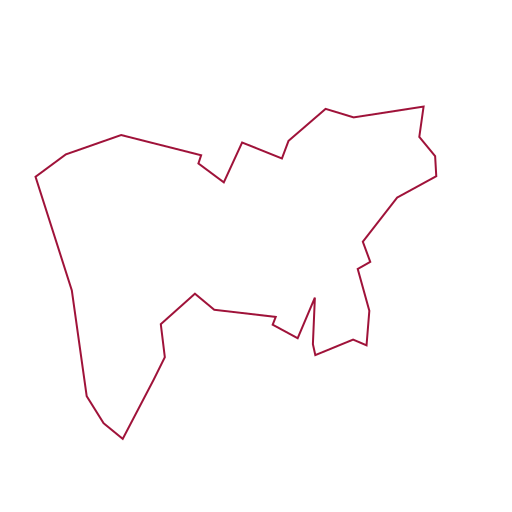 Karposh, Karpoš, North Macedonia, rotated 77°
{"feature_id": "65306769B48294308075018", "entity_name": "Karposh", "entity_type": "district", "adm_level": 2, "iso_a3": "MKD", "parent_name": "North Macedonia", "parent_adm1": "Karpoš", "projection": "mercator", "projection_center": [21.399, 42.004], "detail": "fine", "context": "isolated", "style": "outline", "palette": "rose", "viewbox_px": 512, "rotation_deg": 77, "n_neighbors": 0, "source": "geoboundaries", "source_scale": "gbopen_adm2", "svg_char_len": 616}
<svg xmlns="http://www.w3.org/2000/svg" viewBox="0 0 512 512"><g transform="rotate(77 256 256)"><path d="M218.8,62.4L199.0,59.0L176.7,70.1L148.1,59.1L142.9,129.7L128.3,155.1L151.1,198.4L166.8,208.8L142.3,244.0L177.0,270.8L152.9,291.3L145.5,286.8L107.8,360.2L114.2,418.4L129.2,453.0L248.1,443.2L354.5,452.5L384.7,442.1L404.2,427.0L353.7,383.7L334.1,367.6L301.0,364.1L279.0,324.0L299.0,308.8L319.8,250.5L326.7,255.2L345.5,233.9L309.8,208.0L354.7,220.4L365.9,220.5L359.3,180.2L367.9,168.4L334.9,157.9L291.5,159.8L287.4,146.0L266.1,148.7L230.8,105.3L218.8,62.4Z" fill="none" stroke="#9f1239" stroke-width="2"/></g></svg>